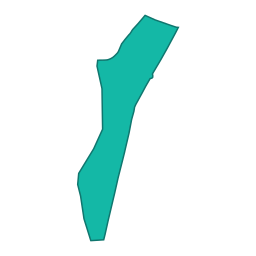 the district of Qasr Al-Nile, Al Qahirah, Egypt
{"feature_id": "37247803B52731964573716", "entity_name": "Qasr Al-Nile", "entity_type": "district", "adm_level": 2, "iso_a3": "EGY", "parent_name": "Egypt", "parent_adm1": "Al Qahirah", "projection": "natural_earth1", "projection_center": [31.236, 30.043], "detail": "fine", "context": "isolated", "style": "filled", "palette": "teal", "viewbox_px": 256, "rotation_deg": 0, "n_neighbors": 0, "source": "geoboundaries", "source_scale": "gbopen_adm2", "svg_char_len": 1047}
<svg xmlns="http://www.w3.org/2000/svg" viewBox="0 0 256 256"><path d="M178.3,27.4L176.2,27.2L170.5,25.3L155.1,19.9L145.1,15.4L144.8,15.7L144.3,16.3L138.2,23.5L132.9,29.3L132.3,30.1L131.7,31.0L131.5,31.4L130.9,32.4L130.4,33.1L130.0,33.7L128.9,34.8L125.0,39.5L122.4,42.9L121.6,43.9L121.0,45.4L119.6,48.7L118.4,51.5L118.0,52.1L117.6,52.8L116.3,54.2L114.8,55.7L114.6,55.9L114.4,56.1L112.7,57.5L110.6,58.7L108.6,59.5L107.9,59.7L107.2,59.9L104.5,60.1L98.2,60.2L97.9,60.3L97.7,60.3L97.0,66.1L102.0,88.7L102.3,109.9L102.6,129.2L93.7,148.8L86.8,160.1L78.7,173.4L77.7,184.5L80.6,196.1L84.0,218.8L90.8,240.6L91.0,240.6L91.3,240.6L103.7,239.8L105.1,234.2L108.1,220.7L114.8,192.5L118.1,177.8L122.9,158.9L124.5,152.5L125.4,148.5L129.0,133.2L131.6,119.6L133.9,111.3L134.6,107.0L135.0,106.2L135.3,105.6L135.7,104.6L142.2,92.8L145.6,86.4L150.1,78.6L150.4,78.6L150.7,78.5L152.1,78.0L152.4,77.6L152.7,77.3L152.8,76.0L152.7,75.0L152.7,74.9L152.4,74.1L153.1,72.7L160.8,59.7L167.1,48.5L175.7,32.5L178.3,27.4Z" fill="#14b8a6" stroke="#0f766e" stroke-width="1.5"/></svg>